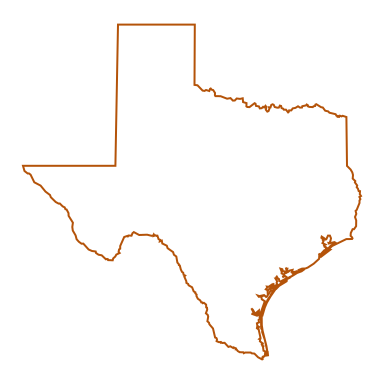 the State of Texas
{"feature_id": "USA-3536", "entity_name": "Texas", "entity_type": "State", "adm_level": 1, "iso_a3": "USA", "parent_name": "United States of America", "parent_adm1": "", "projection": "natural_earth1", "projection_center": [-98.169, 31.172], "detail": "fine", "context": "isolated", "style": "outline", "palette": "amber", "viewbox_px": 384, "rotation_deg": 0, "n_neighbors": 0, "source": "natural_earth", "source_scale": "10m", "svg_char_len": 6079}
<svg xmlns="http://www.w3.org/2000/svg" viewBox="0 0 384 384"><path d="M27.7,173.5L24.5,171.0L23.0,165.8L115.4,165.8L118.0,24.6L194.8,24.6L194.5,84.9L197.5,85.3L202.6,90.6L204.6,90.9L206.0,90.0L209.3,91.0L210.1,88.8L210.7,88.5L211.7,89.7L213.2,90.1L215.0,92.9L214.9,95.2L215.4,96.1L220.6,96.2L227.1,98.7L230.5,98.1L232.9,100.6L234.8,100.5L236.7,98.5L240.1,98.9L242.7,98.3L243.1,102.1L246.5,103.1L246.4,106.4L247.3,107.0L249.5,107.1L254.6,103.2L255.5,103.7L256.0,105.9L258.9,106.4L259.8,108.4L261.7,108.2L263.1,106.8L264.1,107.5L265.5,105.8L266.4,107.1L265.8,109.7L267.3,111.6L268.5,111.1L269.5,108.5L269.0,107.3L270.5,107.4L271.3,104.9L272.6,104.3L273.7,104.8L274.7,107.0L277.3,107.7L278.8,107.6L279.9,105.6L281.1,106.0L281.6,108.1L283.2,108.7L283.8,109.7L286.0,109.7L288.1,112.4L288.8,111.8L289.1,110.4L291.3,110.4L292.7,108.4L295.4,107.9L298.0,106.3L300.0,107.6L302.0,107.5L302.3,106.2L306.0,105.4L306.7,104.5L307.9,105.3L307.9,106.3L309.3,106.9L312.8,107.1L313.5,106.3L315.1,106.0L315.4,104.6L316.3,104.2L321.1,107.2L322.8,107.5L325.2,110.7L328.2,111.4L329.4,112.7L335.6,114.2L336.5,115.8L337.8,115.9L337.7,116.8L339.2,116.9L339.9,115.7L341.6,116.4L342.6,115.8L346.4,117.0L347.0,165.9L350.6,169.5L352.3,172.4L353.0,175.0L352.7,178.6L355.3,181.1L354.9,182.4L357.2,185.5L356.7,187.2L357.9,188.6L358.7,191.1L360.0,191.2L359.8,194.2L361.0,196.0L359.4,197.0L360.4,199.1L359.5,200.5L359.5,203.0L356.7,209.9L355.6,210.9L356.3,213.9L355.0,217.0L356.2,220.4L356.1,226.2L354.0,229.2L352.6,229.2L350.8,233.0L350.6,235.8L352.1,237.4L352.5,238.4L352.1,239.0L346.3,239.1L332.1,246.0L329.3,248.7L328.5,248.2L330.8,245.6L333.9,243.7L335.9,243.6L336.4,242.4L335.8,242.9L334.4,242.1L328.8,243.5L328.6,243.0L329.3,243.1L330.4,241.0L331.0,238.3L329.9,235.6L328.0,235.6L326.3,239.3L325.1,239.6L324.6,238.5L321.7,236.6L321.4,237.8L323.4,239.0L322.7,239.9L323.5,241.1L322.5,243.1L325.5,244.6L324.0,245.4L324.6,246.9L325.3,246.9L325.3,246.3L326.0,247.6L327.8,248.4L326.0,248.4L325.4,250.3L324.4,250.2L320.2,254.7L318.8,253.6L319.3,254.7L319.1,258.8L313.7,263.7L307.7,267.6L305.4,268.5L302.1,268.6L298.6,270.0L298.9,272.0L304.6,269.1L301.6,271.3L297.2,272.9L291.7,276.3L293.2,274.7L297.8,272.4L297.7,271.4L296.7,271.2L291.5,273.2L293.8,271.9L291.8,271.9L292.5,269.9L290.4,270.4L290.6,270.0L288.4,271.7L287.2,270.0L287.4,268.7L286.5,268.7L285.8,267.6L286.3,269.4L287.0,269.2L286.6,271.4L287.8,271.9L286.3,272.9L284.6,273.4L285.8,272.9L285.8,271.7L284.8,272.4L284.5,271.4L283.0,271.3L282.3,269.2L280.5,268.7L281.7,271.8L281.6,273.4L283.9,274.4L284.6,275.6L283.0,276.4L283.2,276.9L285.1,276.1L286.8,277.2L286.9,278.0L280.4,281.6L279.3,281.1L279.0,279.1L278.1,278.7L276.8,276.6L276.3,277.2L277.5,278.7L275.5,278.6L277.1,281.2L276.6,282.9L277.1,284.0L274.6,286.9L272.9,287.7L273.8,285.5L273.4,284.9L273.8,283.4L272.5,284.9L272.9,285.6L272.2,287.4L270.9,287.2L271.1,285.1L268.6,286.8L267.0,286.6L267.4,287.4L265.8,289.3L267.5,290.2L267.6,291.5L268.7,289.4L270.6,287.9L270.9,288.5L270.8,290.5L266.7,296.8L265.4,297.2L266.0,296.9L264.5,295.4L262.2,296.1L262.6,295.4L259.4,296.1L257.9,295.6L258.8,296.8L261.3,296.5L261.8,299.3L264.8,301.2L260.8,312.6L258.3,314.2L257.4,314.0L258.7,313.1L258.3,312.7L259.5,312.3L258.8,312.1L258.9,310.5L255.1,313.7L252.8,309.7L251.4,308.4L253.5,312.4L253.1,313.1L254.2,313.3L253.3,314.1L251.4,313.7L257.0,315.7L260.4,314.8L259.6,317.6L259.9,318.9L258.6,319.9L259.0,322.4L256.9,323.3L257.3,325.7L259.0,326.9L258.7,327.6L257.3,326.2L256.9,328.2L258.7,329.6L260.7,338.8L260.3,338.1L259.3,339.0L260.2,339.3L259.9,341.3L261.9,342.8L261.8,343.9L262.7,343.8L262.2,345.6L263.4,346.2L263.0,346.9L263.5,350.7L266.1,351.7L265.8,352.4L265.2,352.3L265.0,354.6L265.5,355.0L266.6,354.2L267.1,352.3L267.7,352.2L268.0,355.3L264.7,355.8L263.5,357.0L263.1,356.6L262.4,357.3L262.6,359.2L262.1,359.4L258.1,357.3L254.4,353.6L251.6,353.3L250.7,352.5L245.2,352.5L243.8,353.2L243.3,352.3L239.7,352.2L237.7,351.0L236.6,349.5L235.7,349.4L235.9,348.4L234.3,347.7L233.6,347.4L233.2,348.0L230.3,346.3L228.4,346.9L224.6,342.8L222.2,343.0L221.2,342.2L220.8,342.6L220.4,342.0L219.1,342.2L216.6,341.2L217.0,339.3L216.4,338.0L215.1,337.5L213.0,328.5L209.4,324.3L209.0,322.7L207.4,321.3L208.2,316.6L207.7,314.9L205.9,313.3L207.2,309.7L207.0,307.7L206.2,307.4L206.1,304.6L203.9,302.8L202.7,303.2L202.2,302.4L201.3,302.4L200.2,300.4L197.8,298.7L196.4,295.9L196.6,294.6L195.3,293.3L195.4,292.4L193.7,291.4L192.1,287.3L188.6,285.3L188.2,284.0L186.4,282.9L186.3,281.2L184.3,276.6L185.2,275.6L183.6,274.8L183.2,272.7L182.0,271.9L180.8,269.4L179.8,265.5L178.9,265.1L178.9,264.3L177.4,262.6L176.3,256.5L173.9,254.7L173.1,252.1L167.6,248.2L166.8,245.7L162.3,243.5L161.8,240.6L159.8,241.4L160.1,239.8L158.6,239.2L157.4,235.7L156.4,235.9L155.7,235.3L153.9,235.9L154.2,235.0L153.8,234.4L153.3,235.5L151.6,235.8L147.1,234.7L139.2,235.0L133.8,232.1L132.5,233.2L131.5,235.7L128.7,235.5L127.9,236.4L127.4,235.9L124.2,237.0L120.2,246.0L120.2,248.7L119.1,249.4L118.6,251.9L119.6,253.0L116.3,254.6L115.3,256.5L113.2,258.4L112.7,260.3L108.1,260.1L107.9,259.2L107.0,258.9L105.9,259.3L101.7,255.3L98.5,254.7L96.0,253.0L95.7,251.5L92.0,251.0L88.6,249.5L83.3,243.6L81.5,243.7L78.8,241.7L76.6,239.2L75.6,235.4L72.8,230.6L72.3,227.0L72.9,222.7L68.6,215.8L68.5,213.1L66.6,209.5L65.4,209.2L64.7,207.4L62.7,206.4L59.8,203.5L58.6,203.6L55.7,202.0L50.8,197.2L50.0,195.0L45.5,191.6L40.6,185.6L34.3,182.3L30.6,174.7L28.9,173.4L27.7,173.5ZM267.6,299.8L269.7,296.7L270.3,296.8L266.9,302.6L264.8,307.5L262.4,315.7L261.2,315.9L261.9,312.1L265.1,303.5L264.9,302.4L266.2,303.2L267.6,299.8ZM266.4,345.9L267.3,351.3L264.8,339.8L262.1,331.9L262.3,330.3L261.2,328.4L261.0,319.2L261.3,317.0L261.7,316.6L261.8,325.2L262.6,330.7L266.4,345.9ZM286.3,279.3L286.9,279.5L286.6,281.3L279.2,285.8L275.7,289.4L276.6,287.4L276.5,285.7L279.0,284.9L284.0,281.1L285.9,280.9L286.3,279.3ZM327.4,248.9L330.3,249.7L320.2,257.4L321.1,255.9L327.6,250.2L327.4,248.9ZM274.6,287.6L275.5,287.8L275.4,289.4L270.6,296.3L270.7,294.8L272.7,291.8L272.2,291.3L274.6,287.6ZM287.8,278.8L289.3,277.2L291.4,276.3L290.0,277.6L287.8,278.8Z" fill="none" stroke="#b45309" stroke-width="2"/></svg>